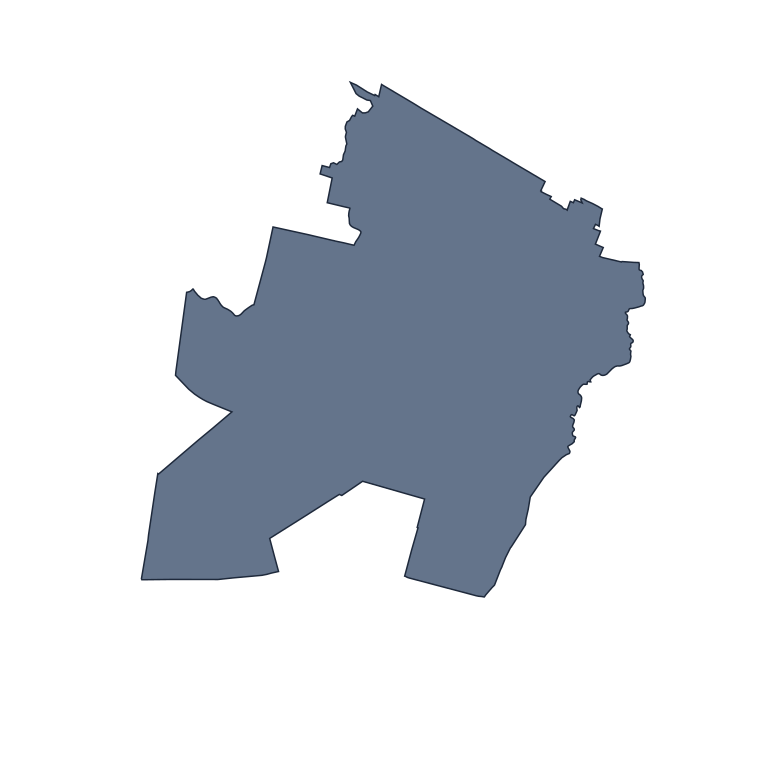 Mihai Bravu, Giurgiu, Romania (Mercator projection), rotated 113°
{"feature_id": "2599482B97305638724228", "entity_name": "Mihai Bravu", "entity_type": "district", "adm_level": 2, "iso_a3": "ROU", "parent_name": "Romania", "parent_adm1": "Giurgiu", "projection": "mercator", "projection_center": [26.044, 44.127], "detail": "fine", "context": "isolated", "style": "filled", "palette": "slate", "viewbox_px": 768, "rotation_deg": 113, "n_neighbors": 0, "source": "geoboundaries", "source_scale": "gbopen_adm2", "svg_char_len": 6147}
<svg xmlns="http://www.w3.org/2000/svg" viewBox="0 0 768 768"><g transform="rotate(113 384 384)"><path d="M620.4,540.1L658.0,531.2L658.8,530.4L646.9,503.2L638.1,482.4L628.8,460.4L621.2,446.7L614.0,433.2L607.8,421.6L606.7,420.0L605.1,417.6L602.0,413.7L597.8,407.8L585.6,417.4L570.8,428.9L539.7,407.3L514.4,389.9L503.1,382.0L503.1,379.3L481.9,365.7L474.0,301.7L503.1,297.4L503.1,296.5L526.0,293.7L552.8,289.9L552.7,288.9L552.9,287.0L552.7,284.8L543.4,220.0L542.9,216.4L542.4,213.9L541.4,210.8L540.9,208.5L540.7,208.4L538.2,207.9L529.2,205.0L525.9,203.7L509.5,204.2L506.2,204.0L504.9,204.1L496.3,204.3L485.2,203.6L484.6,203.3L481.8,202.8L477.1,202.0L458.2,198.8L454.3,200.1L452.9,200.5L442.9,202.3L430.9,205.2L407.4,200.4L385.1,192.6L384.3,192.2L382.4,191.5L381.2,190.7L377.8,188.5L375.6,186.3L374.6,186.2L373.7,186.4L373.2,186.6L370.3,190.1L369.8,190.3L369.6,190.4L369.1,190.1L368.1,189.5L365.5,187.5L363.0,186.4L362.6,186.4L362.0,186.7L361.3,187.0L360.7,187.0L359.5,186.7L358.7,186.7L358.2,186.8L357.9,187.2L357.9,189.7L357.7,190.1L356.5,191.0L355.6,191.5L354.9,191.7L354.4,191.6L353.5,191.3L352.2,190.9L351.7,191.0L351.0,191.4L350.5,192.1L350.2,192.9L349.9,193.4L349.3,193.8L348.8,194.0L347.6,194.2L345.3,194.2L343.8,194.5L342.7,194.8L342.0,196.1L341.8,197.0L341.7,198.7L341.6,199.3L341.2,199.8L340.1,199.8L339.5,199.7L339.1,199.5L338.8,199.2L338.8,198.9L338.8,198.1L339.0,197.1L338.9,196.4L338.3,196.1L337.7,196.0L334.9,195.9L333.3,195.9L332.6,196.0L331.5,196.8L330.1,197.4L329.6,197.5L328.8,197.4L328.4,197.1L328.3,196.7L328.4,196.4L328.8,195.6L329.3,194.9L328.8,194.6L328.1,194.6L326.7,195.0L322.4,195.7L319.6,196.6L318.9,197.1L318.3,197.7L317.7,198.7L317.3,199.7L317.2,200.5L316.8,201.3L316.3,201.9L315.4,202.4L314.4,202.7L313.2,202.7L310.7,202.3L309.4,201.9L307.5,201.1L306.6,200.6L306.1,200.0L305.5,198.3L305.1,197.4L304.8,197.0L302.7,197.6L301.8,196.9L301.6,195.4L301.2,194.5L299.7,195.9L297.6,195.3L296.1,194.8L294.8,194.1L292.3,192.2L291.2,191.4L290.5,190.3L290.4,189.5L290.7,188.8L290.9,188.1L290.9,187.1L290.7,186.2L290.2,185.2L289.5,184.2L287.9,182.8L281.9,180.4L280.9,180.0L278.4,178.6L277.5,177.9L276.2,176.3L275.3,174.0L274.1,172.3L270.7,168.7L268.9,167.0L268.1,166.6L267.4,166.5L266.9,166.5L264.9,166.8L262.1,167.5L260.6,168.5L259.8,168.8L258.7,169.2L257.6,169.4L257.0,169.8L256.8,170.2L256.5,170.9L256.3,171.4L255.7,171.8L255.3,171.8L254.1,171.5L253.5,171.4L252.9,171.5L252.4,171.7L251.2,172.4L250.7,172.6L250.3,172.5L249.8,172.4L248.8,171.5L248.4,171.3L247.5,171.3L246.7,171.6L246.2,172.1L245.9,172.6L244.9,175.6L244.5,176.3L244.3,176.5L242.4,176.5L242.2,178.1L242.0,178.7L241.0,180.3L240.3,181.1L239.9,181.4L238.3,181.6L235.6,182.8L234.9,183.0L233.5,182.6L232.8,182.6L232.0,182.9L231.4,183.5L231.0,184.1L230.6,184.8L230.1,185.3L229.5,185.5L228.8,185.5L228.0,185.8L227.0,186.1L226.2,186.5L225.7,187.0L225.3,187.7L224.6,189.3L224.0,189.7L223.6,189.8L222.5,188.3L222.1,187.9L221.7,187.7L219.2,187.6L218.6,187.2L218.2,186.5L217.5,185.0L216.2,183.1L213.4,179.5L211.8,177.8L211.1,176.8L210.5,176.3L209.9,176.0L208.0,175.7L207.0,175.7L206.2,175.9L203.4,176.8L202.7,177.2L202.4,177.5L202.1,178.0L201.9,178.5L201.4,179.3L201.2,179.7L200.2,180.5L198.6,181.4L196.8,182.3L196.1,182.4L194.7,182.4L193.8,182.7L192.7,183.2L192.1,183.5L190.1,185.0L189.2,185.4L188.5,185.5L187.6,185.8L187.2,186.3L186.6,187.3L185.5,188.3L185.0,188.6L184.4,188.8L183.9,188.9L183.4,188.9L181.9,188.2L181.6,188.3L180.8,189.1L179.8,189.8L179.5,190.7L179.0,191.4L179.2,192.3L179.2,193.5L178.9,193.8L178.6,194.1L176.8,194.8L174.2,195.7L172.6,196.8L174.5,201.7L178.3,212.8L178.9,213.1L182.2,232.2L182.3,235.5L172.7,235.5L172.7,238.3L172.6,244.1L171.0,244.1L160.3,244.4L158.7,244.5L158.9,245.9L159.0,246.7L159.1,251.9L154.4,251.7L154.5,249.0L154.8,247.6L147.6,249.7L137.6,251.4L137.6,251.9L136.9,256.4L136.4,262.5L136.3,268.6L136.2,270.2L135.9,271.5L135.9,275.1L137.6,274.8L139.9,272.3L139.9,280.5L143.1,280.5L143.1,283.9L150.2,283.5L152.4,283.3L152.0,284.7L152.3,286.2L152.4,287.3L151.0,290.1L149.1,303.6L146.1,303.3L146.0,308.3L145.6,314.4L144.9,314.4L144.9,315.2L134.7,314.8L129.8,351.8L129.3,355.1L126.6,375.6L126.0,379.0L124.1,393.4L123.9,395.1L123.7,395.7L123.2,398.7L119.3,428.5L115.5,458.0L114.1,467.1L109.5,501.4L109.2,503.3L121.6,501.1L121.0,505.3L122.1,505.3L121.7,513.6L119.6,526.2L119.5,532.8L127.6,523.2L128.7,519.4L129.3,510.7L128.4,507.3L132.6,502.9L139.6,504.8L141.8,507.2L142.9,509.8L141.1,515.9L148.9,515.6L148.9,517.8L150.4,518.3L154.9,518.7L157.2,520.5L161.9,520.3L164.4,519.3L167.0,516.9L171.0,516.3L172.1,515.8L177.6,512.0L179.8,512.1L184.8,510.8L188.8,510.9L193.9,509.5L195.7,509.9L197.0,511.8L200.3,513.2L200.1,516.9L202.0,519.0L206.0,518.7L207.1,526.3L215.6,524.9L214.6,512.2L239.3,507.1L236.6,490.9L236.3,489.2L235.4,484.2L235.6,484.0L238.5,483.6L240.6,483.1L242.9,482.3L243.8,481.7L244.3,481.3L245.1,480.8L248.4,479.2L248.9,478.9L249.5,478.7L250.0,478.2L250.8,477.3L251.4,476.0L251.7,474.8L251.9,473.1L251.9,470.3L251.9,467.9L252.2,466.3L252.6,465.2L253.0,464.7L253.8,464.4L254.9,464.3L258.2,464.5L260.2,464.8L264.0,465.6L268.0,465.8L269.8,476.4L271.5,485.0L271.6,486.0L271.9,487.4L274.5,502.4L275.0,505.3L276.1,511.8L282.8,547.5L313.3,541.6L318.3,540.8L361.9,534.7L362.3,535.3L362.8,535.9L363.2,536.3L364.6,537.2L366.9,538.7L371.1,541.2L375.4,542.8L376.9,543.7L377.5,544.2L378.1,544.8L379.0,546.3L379.1,546.7L379.2,547.7L379.1,548.4L378.0,550.5L377.4,552.0L376.9,553.5L376.6,555.2L376.3,557.4L376.3,558.9L376.2,561.7L376.0,562.4L375.6,563.4L374.9,564.9L373.7,566.8L373.0,567.6L372.4,568.6L371.7,569.5L371.1,570.7L370.5,571.5L370.3,572.6L370.2,573.7L370.3,574.9L370.4,575.3L371.6,577.1L375.0,580.6L375.8,581.5L376.2,582.5L376.4,584.4L376.4,585.4L376.4,586.0L376.3,586.4L376.1,586.9L375.8,587.6L375.0,590.2L374.7,590.7L374.2,591.6L372.7,594.6L372.2,595.3L371.2,596.6L371.2,596.8L371.2,597.0L371.5,597.2L373.1,597.8L374.6,598.8L375.3,599.5L375.7,600.1L376.1,600.5L376.4,601.1L376.7,601.5L453.3,580.6L457.5,579.3L465.1,561.7L467.3,554.4L468.4,548.9L469.0,544.8L469.4,540.4L469.4,533.3L469.1,513.1L491.8,524.5L508.6,533.2L554.9,556.3L554.8,557.2L573.6,552.5L614.8,541.8L620.4,540.1Z" fill="#64748b" stroke="#1e293b" stroke-width="1.5"/></g></svg>